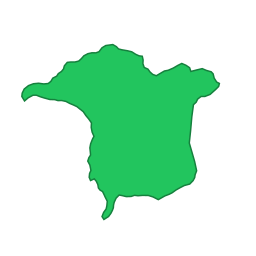 Artur Nogueira, São Paulo, Brazil (Equal Earth projection), rotated 259°
{"feature_id": "56859067B43378386004109", "entity_name": "Artur Nogueira", "entity_type": "district", "adm_level": 2, "iso_a3": "BRA", "parent_name": "Brazil", "parent_adm1": "São Paulo", "projection": "equal_earth", "projection_center": [-47.129, -22.556], "detail": "fine", "context": "isolated", "style": "filled", "palette": "green", "viewbox_px": 256, "rotation_deg": 259, "n_neighbors": 0, "source": "geoboundaries", "source_scale": "gbopen_adm2", "svg_char_len": 1849}
<svg xmlns="http://www.w3.org/2000/svg" viewBox="0 0 256 256"><g transform="rotate(259 128 128)"><path d="M202.1,146.2L203.9,142.3L205.9,137.0L207.4,133.8L210.1,132.1L212.8,129.0L213.2,121.9L211.7,117.8L208.4,114.1L207.9,110.7L208.7,107.0L208.6,102.8L207.3,98.5L204.8,95.2L203.1,92.4L202.9,88.5L203.7,84.4L204.0,80.9L201.2,77.4L198.3,76.0L196.2,73.5L194.7,70.0L192.5,67.9L191.3,63.7L188.5,61.2L186.9,58.2L187.3,53.8L189.0,48.8L189.5,43.6L188.6,38.4L186.1,33.6L182.4,30.8L179.2,29.8L174.3,31.6L176.7,35.8L178.3,41.0L177.7,44.3L175.4,47.9L173.4,51.6L170.9,56.7L169.8,61.6L168.3,64.4L167.6,68.3L165.9,72.2L163.3,75.4L161.1,78.7L158.7,82.0L155.8,84.4L152.6,87.2L148.3,89.0L144.5,91.1L140.0,93.1L135.6,92.0L130.8,92.0L126.3,93.0L124.0,91.1L119.6,88.3L115.8,86.8L111.4,86.4L108.6,86.1L106.3,83.9L103.2,82.2L98.8,83.5L93.4,83.5L90.7,81.6L87.0,80.5L83.6,81.2L84.5,85.2L81.8,86.7L78.2,87.6L74.8,87.5L72.4,88.7L70.5,90.9L67.2,91.8L64.6,92.4L60.1,93.7L55.7,92.4L52.7,91.1L49.8,88.0L46.0,85.6L42.8,86.9L44.8,92.0L47.6,95.0L50.2,97.0L52.5,98.4L55.1,99.1L57.6,100.2L61.4,102.9L63.9,106.5L62.7,109.5L61.0,113.2L60.2,118.0L60.7,121.5L59.6,124.9L59.1,129.3L57.9,135.1L55.5,139.5L51.9,144.1L54.3,151.2L55.1,155.8L56.0,159.0L58.0,163.3L59.5,167.8L60.8,172.3L61.2,177.9L63.9,181.8L66.6,184.0L69.4,185.0L72.9,187.2L82.5,187.0L101.6,185.3L113.3,188.9L126.9,192.8L138.4,196.7L140.3,199.8L143.1,201.9L145.0,205.7L144.3,209.5L145.3,215.0L147.2,218.2L149.3,221.7L151.5,224.9L154.3,226.2L156.2,223.8L160.5,222.1L164.9,221.9L167.3,220.4L169.6,215.9L172.1,212.2L171.9,206.9L171.5,200.5L175.4,200.0L178.5,196.9L181.1,193.1L179.9,188.7L178.2,183.9L177.0,178.5L177.0,174.6L175.3,169.7L173.9,165.8L175.9,162.5L178.8,160.3L182.0,158.8L184.3,155.5L188.3,154.9L191.9,155.8L195.7,155.7L196.7,152.7L198.8,149.7L202.1,146.2Z" fill="#22c55e" stroke="#15803d" stroke-width="1.5"/></g></svg>